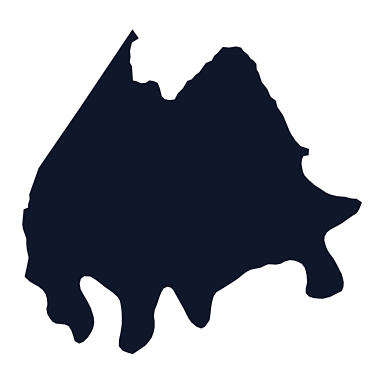 Paula Freitas, Paraná, Brazil (Natural Earth projection)
{"feature_id": "56859067B24450380126830", "entity_name": "Paula Freitas", "entity_type": "district", "adm_level": 2, "iso_a3": "BRA", "parent_name": "Brazil", "parent_adm1": "Paraná", "projection": "natural_earth1", "projection_center": [-50.843, -26.173], "detail": "fine", "context": "isolated", "style": "filled", "palette": "ink", "viewbox_px": 384, "rotation_deg": 0, "n_neighbors": 0, "source": "geoboundaries", "source_scale": "gbopen_adm2", "svg_char_len": 2785}
<svg xmlns="http://www.w3.org/2000/svg" viewBox="0 0 384 384"><path d="M361.0,202.6L356.3,199.5L351.6,199.3L345.1,197.6L336.9,196.9L331.1,195.5L326.4,193.7L313.7,185.3L307.8,180.1L303.8,175.6L302.1,171.6L300.7,163.9L301.3,159.2L302.8,155.4L307.9,154.6L308.2,149.5L300.2,146.8L295.3,141.6L291.1,135.5L288.7,130.9L282.4,115.6L276.7,107.4L275.1,101.1L270.0,97.3L266.8,89.7L263.2,85.1L261.0,82.2L258.1,73.2L256.0,69.9L255.6,64.0L253.1,61.2L249.9,59.0L247.6,55.4L242.7,51.3L240.7,48.3L236.2,47.2L228.9,48.3L223.1,47.7L217.9,53.7L214.8,56.3L212.3,61.1L206.4,63.6L199.6,73.0L196.3,75.3L192.1,80.0L187.7,81.6L183.6,88.7L178.3,94.0L175.1,100.2L169.0,100.9L164.5,99.8L161.1,96.7L159.1,88.5L157.2,83.5L153.5,81.8L149.5,81.2L146.0,83.6L140.9,84.0L135.9,81.8L132.2,81.2L131.2,66.5L128.9,62.2L129.8,56.8L129.2,50.9L131.2,42.2L137.7,38.1L132.5,30.7L90.4,93.5L80.7,108.0L39.3,168.4L30.0,194.6L30.4,199.4L28.9,204.3L28.7,208.2L24.3,209.9L23.0,224.5L23.7,228.8L27.1,238.5L27.0,243.5L27.5,248.9L29.4,257.8L25.5,276.6L30.0,280.8L34.7,283.7L38.9,285.9L43.4,289.6L46.2,293.7L47.6,298.2L48.2,304.3L47.2,308.8L47.9,313.4L50.3,317.7L52.9,321.0L56.3,322.9L60.8,323.2L65.2,323.8L69.2,325.5L72.1,330.3L73.9,335.5L75.4,340.6L79.3,342.8L83.1,341.1L87.4,336.8L90.1,332.6L92.3,328.3L93.5,322.9L93.0,317.5L91.6,312.7L90.3,308.8L88.5,305.0L86.1,300.4L83.8,296.5L81.8,293.1L79.9,289.6L78.9,283.5L80.2,278.4L84.0,275.4L90.4,275.7L96.2,279.2L101.8,283.5L105.1,286.2L109.7,289.4L112.9,291.8L117.8,296.1L120.6,300.4L121.4,304.5L122.1,309.1L122.5,313.8L122.6,318.9L122.5,324.9L121.0,334.2L119.7,340.2L119.6,346.0L123.3,350.2L128.5,352.1L132.7,353.3L137.0,350.4L141.1,347.6L145.1,344.8L148.2,341.1L151.0,337.3L153.0,331.8L153.9,327.2L153.9,321.4L153.1,315.8L154.0,309.8L156.4,303.9L158.9,296.3L160.8,291.6L163.1,287.9L167.2,285.9L171.3,287.0L173.9,289.6L176.2,293.9L178.9,298.6L182.1,304.4L184.6,308.8L186.7,313.1L188.9,317.5L191.9,321.8L196.8,326.0L201.3,327.7L204.4,326.2L206.8,322.9L208.9,319.7L209.6,314.9L210.3,308.3L211.2,302.3L212.9,296.1L215.9,291.6L219.7,289.4L222.9,287.4L226.3,285.3L230.9,282.4L234.9,279.8L237.9,277.7L241.2,274.9L244.0,272.7L247.2,270.6L250.6,268.9L256.0,267.8L260.5,266.9L264.6,264.9L268.1,263.5L271.8,263.6L275.9,263.9L280.5,263.0L284.4,260.8L289.6,259.3L294.5,259.8L297.7,260.9L302.0,263.0L305.3,267.1L306.5,271.0L307.4,275.3L307.9,282.4L306.5,288.5L306.5,292.9L309.5,295.9L313.4,297.2L318.2,297.8L322.7,298.0L326.3,297.1L329.5,296.3L332.6,294.8L337.0,292.6L341.2,290.5L342.7,286.7L343.0,282.7L342.2,278.8L341.0,274.3L338.9,270.3L336.6,265.6L332.8,258.8L329.0,253.9L326.4,249.6L324.8,245.3L323.5,240.4L324.0,236.0L326.4,231.8L329.9,229.0L333.6,227.0L337.8,224.8L342.3,222.1L346.2,219.3L351.4,215.6L356.3,212.5L358.8,208.4L361.0,202.6Z" fill="#0f172a" stroke="#020617" stroke-width="1.5"/></svg>